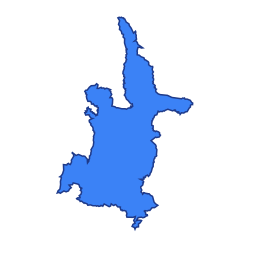 Zacualtipán de Ángeles, Hidalgo, Mexico (Albers equal-area conic projection), rotated 301°
{"feature_id": "50627088B25803309385917", "entity_name": "Zacualtipán de Ángeles", "entity_type": "district", "adm_level": 2, "iso_a3": "MEX", "parent_name": "Mexico", "parent_adm1": "Hidalgo", "projection": "albers", "projection_center": [-98.564, 20.652], "detail": "fine", "context": "isolated", "style": "filled", "palette": "blue", "viewbox_px": 256, "rotation_deg": 301, "n_neighbors": 0, "source": "geoboundaries", "source_scale": "gbopen_adm2", "svg_char_len": 5815}
<svg xmlns="http://www.w3.org/2000/svg" viewBox="0 0 256 256"><g transform="rotate(301 128 128)"><path d="M166.5,165.7L168.6,166.0L169.3,167.7L170.3,168.6L171.3,168.8L172.5,170.3L176.6,170.2L178.1,170.7L179.7,169.8L181.0,170.6L181.3,171.3L182.7,170.6L182.7,169.4L183.8,167.1L183.2,163.7L182.1,162.1L182.8,161.0L182.2,160.6L181.9,159.5L180.6,158.8L176.8,149.9L176.3,145.0L173.2,138.4L172.8,136.3L173.4,133.2L174.9,132.1L175.8,132.3L175.7,131.8L176.8,130.3L176.2,129.9L176.7,129.4L177.7,129.7L178.4,129.4L179.0,126.4L180.1,126.2L180.4,125.4L181.4,125.5L183.1,124.8L183.8,124.1L183.8,123.2L185.9,122.8L186.6,121.4L187.5,120.8L189.1,120.9L189.6,119.7L190.8,118.5L192.9,117.9L193.4,117.4L192.5,115.9L192.9,113.1L194.6,112.2L195.2,111.3L195.4,108.2L195.1,107.0L196.4,105.5L195.8,102.6L196.2,100.1L195.5,98.2L198.0,96.8L198.4,96.2L202.2,95.0L203.3,96.6L203.4,98.2L204.3,99.4L204.7,93.5L206.0,92.0L206.9,89.8L206.0,88.9L208.5,89.6L210.3,88.0L211.7,87.3L212.9,85.7L214.2,85.3L214.8,84.6L212.2,83.8L215.3,79.2L216.4,76.5L217.7,75.2L217.9,71.9L219.8,69.0L219.5,68.0L220.1,67.5L219.4,66.2L219.6,65.4L218.5,64.4L218.4,63.4L217.2,62.6L215.6,65.6L211.9,66.5L210.8,68.7L208.0,70.0L207.9,71.4L207.2,72.8L205.6,74.2L205.9,75.9L203.4,77.0L203.0,79.0L199.1,81.2L195.3,85.4L195.2,86.6L194.7,86.8L193.9,86.1L192.9,87.2L192.2,87.3L191.3,88.7L190.5,89.0L189.7,88.6L188.5,89.7L187.2,89.6L185.9,91.6L185.3,91.4L183.6,92.1L180.5,91.6L179.1,93.3L177.6,93.6L177.0,94.2L173.9,94.7L171.9,95.7L171.5,97.1L169.8,97.9L170.0,98.7L169.4,99.3L166.2,99.6L166.0,99.9L166.4,100.5L165.0,101.0L165.3,101.5L164.6,102.3L163.2,101.4L161.8,102.8L160.8,102.9L160.0,104.5L160.2,105.7L159.5,105.6L159.1,106.6L158.1,106.7L156.7,107.8L154.3,107.9L154.0,109.0L151.8,112.0L151.7,113.6L150.2,117.7L150.3,118.7L150.9,119.2L149.1,120.8L148.8,120.7L149.1,120.2L148.9,120.4L148.5,119.6L148.0,120.5L147.3,120.4L146.9,119.8L147.1,119.3L146.2,119.5L145.4,118.1L143.2,116.9L143.1,115.8L141.3,112.8L140.1,108.8L139.3,107.6L139.5,105.9L138.5,102.8L140.9,102.1L144.9,100.0L145.7,98.6L144.7,96.9L148.5,96.7L149.3,95.1L150.6,94.3L150.5,92.8L151.1,92.4L151.8,92.9L151.1,88.9L150.9,89.7L150.8,88.8L149.5,88.0L149.9,86.7L148.6,84.8L149.0,84.0L146.7,82.3L146.1,81.2L149.5,80.1L149.8,78.3L147.4,77.7L145.3,74.7L143.1,73.9L139.5,73.5L138.4,72.2L137.0,72.2L136.4,74.0L135.5,74.1L135.4,75.5L133.7,76.0L132.0,77.5L130.2,79.9L131.3,81.8L131.1,83.3L129.7,84.4L130.3,85.5L130.8,85.7L129.8,88.1L130.9,89.8L130.0,89.9L130.2,92.0L128.7,92.7L128.2,92.3L127.7,93.0L127.1,92.8L127.2,93.4L126.5,93.3L126.1,94.2L123.8,94.5L123.5,95.1L122.0,94.1L123.0,93.2L122.5,92.3L123.1,91.7L122.7,90.5L123.3,90.5L123.1,89.6L123.5,89.0L122.9,88.1L122.9,87.3L124.8,86.7L124.4,86.3L124.8,86.0L124.4,84.0L125.3,83.2L123.9,82.5L122.9,83.1L122.8,83.8L121.5,83.9L121.3,83.6L121.3,83.9L120.4,83.4L120.1,84.1L118.9,83.0L117.3,85.1L118.9,87.1L119.2,88.2L118.7,88.3L117.8,90.2L117.4,91.8L117.8,92.6L115.0,90.8L114.3,90.9L113.2,91.9L112.6,94.1L111.5,94.4L110.6,97.3L109.1,98.8L108.1,99.0L108.0,100.0L106.8,101.3L107.0,101.6L105.8,102.3L102.8,102.8L102.5,103.3L99.6,104.6L98.3,105.9L94.8,107.4L90.2,107.5L89.6,108.4L87.3,109.0L86.7,109.6L84.7,109.8L84.2,109.4L82.1,110.7L81.0,110.9L80.8,110.6L79.4,111.5L77.2,111.3L79.1,109.9L80.0,109.9L81.5,105.6L81.1,104.3L80.5,103.9L79.8,99.1L77.7,97.6L78.3,93.0L77.8,93.0L77.5,94.5L76.0,96.0L71.2,96.0L69.8,97.1L67.0,97.4L66.7,96.3L67.1,95.3L66.0,94.5L64.8,94.6L63.4,91.5L58.7,94.6L55.0,95.5L52.7,95.4L51.1,94.7L51.4,95.8L51.1,96.5L47.4,97.6L44.7,99.4L41.1,100.9L40.4,101.1L38.2,100.4L35.9,100.8L37.2,102.0L37.2,103.6L41.0,105.5L41.4,107.8L43.4,109.4L45.5,109.3L47.6,110.1L48.7,106.9L50.8,109.6L52.7,109.3L54.1,113.9L54.1,115.2L52.4,117.2L52.6,119.4L52.1,119.5L51.6,118.9L51.3,119.3L50.0,119.3L49.9,120.4L49.2,121.2L46.9,121.8L44.8,121.0L44.0,122.6L43.3,122.7L42.3,120.9L40.4,120.0L41.0,120.6L40.9,122.1L41.3,123.6L40.4,124.8L41.4,125.9L40.9,129.1L41.4,129.2L41.9,132.0L41.1,133.3L42.8,135.5L43.3,138.0L44.8,140.4L44.8,141.3L45.8,142.1L45.8,143.4L46.7,144.4L47.6,144.6L47.6,145.3L48.2,145.6L48.0,146.7L50.6,146.7L50.9,152.4L52.1,153.2L54.3,152.7L54.1,155.4L54.3,155.8L55.8,156.4L56.0,157.0L55.1,159.8L56.3,162.2L55.3,162.6L54.0,164.2L54.7,165.1L54.1,165.7L55.4,167.4L55.7,169.1L53.9,171.3L52.5,171.5L51.0,173.0L54.0,178.3L55.9,179.9L54.3,180.4L51.7,180.5L50.0,183.1L48.0,181.9L45.7,182.2L46.0,184.7L44.9,186.1L46.0,185.9L47.4,186.3L48.7,187.9L51.2,186.4L52.7,187.2L55.6,187.4L55.6,186.7L54.2,184.1L52.8,182.9L56.5,182.9L58.5,185.5L58.7,186.9L60.0,188.2L61.4,188.6L62.9,189.8L63.6,189.2L63.1,187.6L64.5,186.7L65.2,184.8L65.9,185.1L66.8,187.3L67.7,187.8L68.6,189.2L72.1,189.7L73.4,191.8L77.1,193.4L77.2,190.6L78.0,188.4L81.7,184.6L82.1,183.7L81.9,182.2L82.5,179.9L81.5,178.4L81.7,177.9L81.1,177.0L80.9,175.3L80.7,174.8L79.9,175.0L78.8,174.6L79.5,174.1L79.9,172.0L81.9,171.8L83.2,169.8L84.3,169.2L86.5,170.0L88.1,169.6L88.5,168.9L89.2,169.3L90.0,169.1L90.6,167.8L90.4,165.0L92.3,167.9L93.7,166.7L94.2,167.2L94.0,168.0L95.1,168.3L95.8,167.8L97.7,169.0L97.0,170.4L99.2,170.9L100.3,170.4L102.4,170.5L106.9,169.2L107.7,169.5L111.5,167.4L111.8,168.0L112.4,167.9L113.2,166.9L114.8,166.3L115.7,166.6L116.8,166.0L118.6,166.9L119.3,166.7L119.6,166.2L124.3,163.9L125.4,162.1L126.9,161.5L127.8,160.2L129.0,154.3L134.3,156.3L134.5,157.3L136.4,159.4L138.6,159.5L138.8,158.3L140.1,157.6L140.4,156.1L139.9,153.7L139.0,153.3L139.2,152.3L138.8,151.6L139.1,150.5L140.1,150.3L140.4,149.2L141.2,149.4L142.8,148.5L142.5,147.1L144.1,145.9L146.0,145.3L146.2,144.8L148.0,145.1L148.6,144.5L150.2,144.9L152.5,144.4L154.2,145.9L157.9,145.2L157.8,146.4L159.2,147.6L159.6,148.8L161.0,149.6L161.3,150.5L162.2,150.7L164.6,152.5L165.7,157.5L167.3,158.5L166.9,159.4L167.6,159.6L167.0,160.3L166.7,162.8L167.6,162.4L167.9,163.0L167.2,163.2L167.2,165.0L166.5,165.7Z" fill="#3b82f6" stroke="#1e3a8a" stroke-width="1.5"/></g></svg>